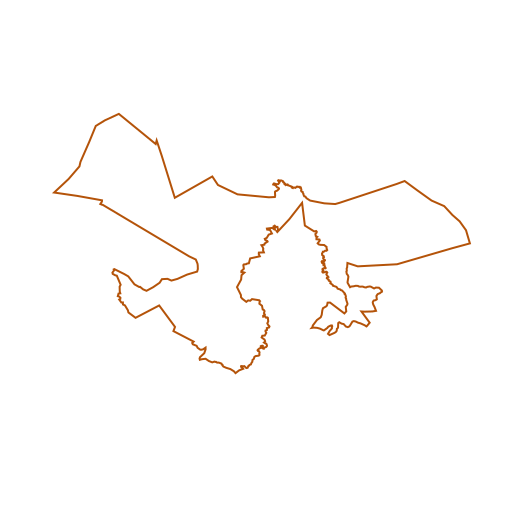 outline of Santa María Ecatepec, Oaxaca, Mexico, rotated 279°
{"feature_id": "50627088B69410007292717", "entity_name": "Santa María Ecatepec", "entity_type": "district", "adm_level": 2, "iso_a3": "MEX", "parent_name": "Mexico", "parent_adm1": "Oaxaca", "projection": "natural_earth1", "projection_center": [-95.911, 16.222], "detail": "fine", "context": "isolated", "style": "outline", "palette": "amber", "viewbox_px": 512, "rotation_deg": 279, "n_neighbors": 0, "source": "geoboundaries", "source_scale": "gbopen_adm2", "svg_char_len": 6152}
<svg xmlns="http://www.w3.org/2000/svg" viewBox="0 0 512 512"><g transform="rotate(279 256 256)"><path d="M354.6,139.8L350.9,139.4L374.9,98.3L366.4,85.6L359.4,77.4L342.9,73.5L321.5,67.9L316.9,67.6L302.8,58.9L287.1,46.7L287.4,70.0L286.9,95.2L285.6,95.3L283.0,94.1L282.5,96.0L282.6,96.5L245.2,190.0L243.1,197.1L239.3,199.4L237.7,199.9L234.0,200.6L231.4,200.3L226.9,190.9L221.1,182.0L218.5,176.3L219.6,172.2L218.4,166.7L214.5,165.0L209.1,159.3L204.5,153.3L205.4,149.7L207.4,146.3L207.1,145.5L209.0,140.4L215.9,133.0L217.6,128.6L220.9,118.1L220.6,117.7L220.1,118.3L217.1,116.8L215.9,117.3L214.9,120.1L214.8,121.6L206.4,126.8L204.4,126.1L199.6,127.0L197.9,127.8L197.4,126.1L194.7,125.8L194.5,127.3L193.6,128.6L192.4,128.7L191.6,127.7L189.0,130.3L189.3,131.8L187.3,132.2L186.7,134.3L182.3,138.0L180.3,138.8L176.1,146.7L192.0,168.1L173.3,187.1L168.9,186.2L161.7,207.8L160.1,206.6L158.9,207.4L158.0,211.4L156.2,212.7L154.8,215.5L154.8,216.4L155.5,218.3L157.6,220.5L155.9,220.8L151.9,220.1L147.3,216.5L145.8,216.3L144.7,216.8L145.6,218.7L146.6,222.3L144.9,225.9L144.1,229.4L145.2,231.5L145.0,232.4L145.2,233.0L144.6,234.3L144.9,235.8L144.5,238.0L144.3,238.8L143.4,239.2L143.1,240.1L142.4,240.3L141.7,241.1L140.9,244.1L140.3,248.4L138.7,252.2L137.1,254.1L140.4,257.2L142.6,261.0L143.6,260.0L143.9,258.9L144.5,258.5L145.0,258.6L145.1,260.8L145.4,261.7L143.8,264.0L144.3,265.2L146.2,265.7L146.4,266.2L147.4,266.6L148.1,267.9L149.9,268.3L150.9,268.9L152.8,268.8L154.0,269.9L156.1,270.2L157.1,271.3L158.0,274.3L158.8,274.9L160.4,274.5L161.2,274.6L162.2,274.1L162.6,273.5L162.5,272.9L163.1,272.3L163.6,272.4L165.2,273.8L166.0,275.1L167.7,274.8L168.1,275.4L168.0,275.8L168.4,276.5L168.2,276.9L166.0,276.7L165.6,277.8L165.7,278.3L166.7,278.3L167.6,280.1L168.5,280.8L169.5,280.8L171.0,279.9L171.1,278.9L171.8,277.4L172.7,278.2L173.2,278.4L174.3,277.8L174.9,277.3L176.4,274.3L178.2,274.7L178.8,277.1L181.7,278.2L182.9,277.2L183.9,277.1L184.7,278.4L186.5,278.0L187.5,280.1L188.6,280.3L189.8,278.8L191.3,277.7L193.3,278.3L196.8,277.4L197.1,276.9L196.6,275.7L197.8,274.6L197.2,272.6L198.0,272.4L199.6,273.8L200.8,272.8L202.9,273.1L204.0,272.1L204.2,271.0L207.8,269.7L209.4,266.8L211.9,266.7L212.1,266.9L212.8,266.1L212.8,258.8L210.9,257.3L210.9,255.2L209.2,253.6L211.7,249.0L213.0,247.6L215.1,247.2L222.3,242.1L230.4,245.0L234.8,244.7L237.8,247.1L238.0,245.9L237.7,244.1L238.8,243.9L241.5,246.0L245.0,244.9L245.7,245.2L246.4,247.6L247.1,248.3L247.7,250.1L252.7,250.6L256.3,259.8L258.4,258.4L259.8,258.3L260.8,263.2L262.9,262.0L264.3,262.1L266.0,261.1L267.5,259.7L268.5,262.5L269.7,262.6L272.0,265.2L272.6,264.8L273.2,262.7L274.3,262.0L275.6,263.8L279.1,265.2L280.7,268.2L283.9,265.8L283.8,262.9L284.8,262.5L286.3,267.7L285.0,270.1L285.1,270.6L286.8,270.1L288.1,268.8L288.9,269.7L287.8,271.2L288.1,272.6L284.8,273.8L283.8,272.5L283.0,273.3L297.5,283.1L315.7,293.2L293.7,299.5L289.4,309.6L290.1,311.5L289.5,312.2L288.6,312.2L287.0,311.2L285.1,311.9L284.5,313.5L283.7,312.8L282.0,313.1L282.2,316.1L281.2,316.6L278.2,314.9L277.3,316.1L277.1,317.8L277.5,321.6L276.0,324.3L274.9,324.4L273.0,325.4L272.2,324.8L272.1,323.5L271.0,322.5L270.7,321.4L270.2,321.5L268.9,320.8L267.3,321.2L266.5,322.9L265.7,323.2L265.6,322.6L264.1,322.7L263.6,323.1L262.8,324.7L262.4,324.8L261.6,324.2L261.3,322.0L260.6,321.7L259.4,322.4L259.2,322.9L259.4,322.8L259.8,323.8L259.4,324.6L258.5,324.6L258.0,324.0L257.5,324.1L257.7,325.1L256.2,325.7L255.0,326.7L254.7,326.5L254.7,325.1L254.1,324.6L253.8,323.8L252.8,323.8L252.3,324.7L250.7,324.0L250.1,324.7L250.2,325.2L251.3,327.2L251.5,328.1L251.3,328.5L250.7,329.0L249.8,328.5L248.7,328.4L246.6,330.7L245.6,329.4L245.1,329.4L244.0,331.5L243.3,331.5L242.9,331.9L242.4,333.5L241.8,333.9L240.7,333.7L239.5,336.3L238.7,336.6L238.1,340.2L237.5,341.0L236.5,341.7L236.1,344.6L235.6,345.0L235.4,346.4L232.9,349.6L232.4,349.4L231.6,350.4L230.2,351.1L228.8,351.0L228.2,351.6L226.7,352.0L223.3,353.8L222.2,353.8L219.8,352.6L215.4,353.8L213.1,352.3L221.6,336.4L221.1,334.0L218.5,333.9L217.4,333.4L214.9,330.3L212.6,330.0L208.2,330.1L205.6,329.5L202.3,326.2L196.3,323.0L194.5,322.8L193.7,322.3L194.3,324.2L194.6,327.6L194.3,330.4L193.1,334.3L193.2,334.8L196.1,337.7L197.4,338.4L199.0,340.6L199.3,341.8L198.7,342.2L198.1,342.3L197.7,342.0L196.3,342.3L193.5,340.5L190.4,339.3L189.4,341.0L192.4,345.6L193.4,346.7L194.7,347.4L196.8,347.3L197.4,347.9L198.3,348.2L202.6,347.7L203.6,348.6L202.6,351.1L202.5,353.2L200.4,355.8L200.1,357.8L200.8,358.9L201.7,359.6L206.3,361.5L207.0,362.8L206.9,364.7L206.1,367.2L205.8,369.8L204.6,374.2L203.7,376.1L204.0,376.4L207.9,378.7L217.7,368.8L218.0,371.9L219.4,379.5L220.6,383.1L224.1,381.1L226.4,379.4L228.2,378.6L229.0,378.6L230.4,379.2L231.1,381.0L232.1,382.1L235.3,381.2L237.0,381.9L237.6,382.4L238.6,384.2L239.6,384.9L240.1,385.8L241.0,386.0L241.7,385.6L243.9,382.4L243.6,379.4L242.4,377.7L243.7,374.1L243.7,373.1L242.9,370.7L242.1,369.6L242.1,367.9L242.5,366.2L242.0,363.6L242.0,362.3L242.4,361.4L242.2,359.2L241.4,357.3L240.7,354.8L239.9,353.8L243.8,350.7L244.4,350.5L250.0,350.5L251.4,349.7L252.6,348.4L254.8,347.7L255.5,348.0L257.9,347.5L258.9,347.8L263.4,347.4L261.7,358.1L269.9,396.6L294.3,448.4L301.9,465.3L314.3,459.4L322.1,451.7L327.2,443.6L334.7,434.1L338.2,420.8L346.1,405.0L353.3,391.1L349.1,383.6L321.6,330.2L319.7,326.1L318.7,315.2L319.2,300.8L321.0,296.8L322.4,295.5L322.5,294.3L324.2,293.2L324.7,293.2L326.1,292.1L326.5,292.1L326.8,290.9L327.5,290.3L328.4,290.5L330.8,289.5L330.9,289.1L330.5,288.5L331.1,288.2L330.8,287.5L331.1,286.5L330.9,285.5L330.3,285.4L329.9,284.2L329.5,284.1L329.6,283.2L329.3,282.3L329.6,281.7L328.9,281.6L329.2,280.6L330.2,280.0L330.8,277.0L331.4,276.3L330.9,276.1L331.2,274.9L330.8,274.4L331.6,273.9L331.2,273.3L331.5,272.8L332.7,272.5L333.0,271.5L333.5,271.4L333.5,271.1L334.2,270.8L334.6,268.8L333.5,268.0L334.4,266.9L334.4,266.3L334.0,266.0L332.0,267.6L330.5,266.7L330.1,265.2L330.5,262.4L329.8,261.9L329.3,261.8L329.1,263.3L328.4,264.8L327.1,266.1L327.1,266.8L326.4,268.1L325.7,268.1L323.9,266.7L322.9,265.0L322.3,264.7L318.5,265.5L317.2,265.4L316.0,259.6L314.0,228.1L320.2,207.3L327.7,200.4L300.8,166.7L340.1,147.3L354.6,139.8Z" fill="none" stroke="#b45309" stroke-width="2"/></g></svg>